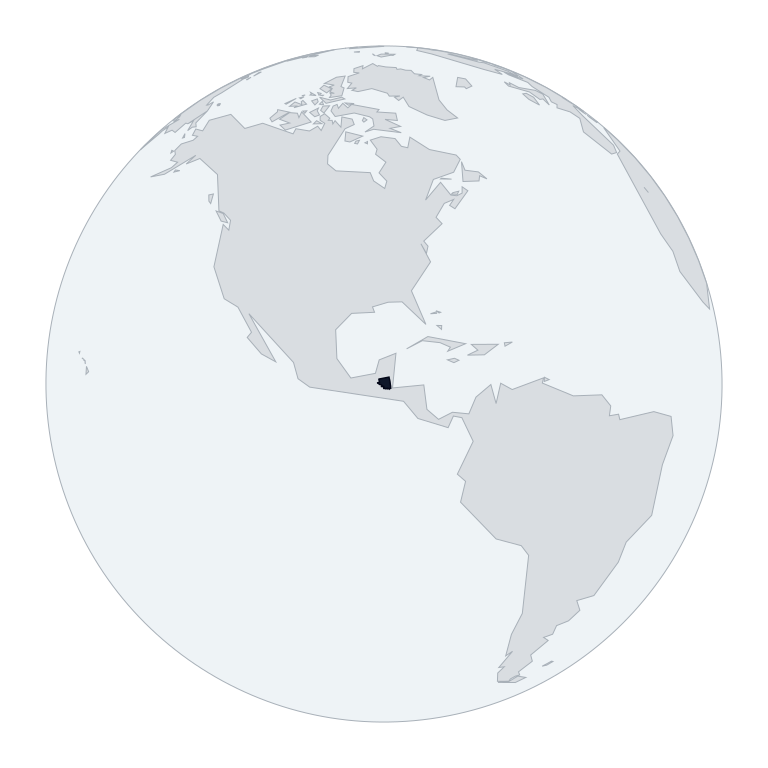 Petén highlighted on a globe, orthographic projection, rotated 349°
{"feature_id": "GTM-1944", "entity_name": "Petén", "entity_type": "Department", "adm_level": 1, "iso_a3": "GTM", "parent_name": "Guatemala", "parent_adm1": "", "projection": "orthographic", "projection_center": [-90.264, 16.829], "detail": "fine", "context": "on_globe", "style": "filled", "palette": "ink", "viewbox_px": 768, "rotation_deg": 349, "n_neighbors": 0, "source": "natural_earth", "source_scale": "10m", "svg_char_len": 9881}
<svg xmlns="http://www.w3.org/2000/svg" viewBox="0 0 768 768"><g transform="rotate(349 384 384)"><circle cx="384" cy="384" r="338" fill="#eef3f6" stroke="#a8b0b8"/><path d="M454.0,431.9L446.0,428.7L438.6,439.1L410.7,424.3L399.9,404.7L310.5,372.9L300.6,362.4L299.3,345.6L264.8,289.2L282.0,341.6L269.4,331.1L258.6,312.2L263.8,307.9L255.3,280.7L243.4,269.8L239.4,236.5L256.6,196.7L261.0,203.4L264.6,194.0L259.4,185.6L255.0,182.5L260.5,146.6L246.3,127.5L231.8,130.3L242.9,123.6L208.6,136.2L194.4,136.2L216.6,131.1L223.7,126.9L217.2,123.7L223.0,118.8L223.2,114.9L230.8,109.7L243.2,108.3L248.3,105.3L243.4,103.3L247.9,97.8L254.3,100.9L262.8,91.8L285.1,90.1L296.1,106.6L314.7,104.9L342.5,121.1L346.2,116.6L359.1,121.4L368.1,118.3L370.7,123.2L375.6,116.8L371.6,113.0L372.4,109.2L377.3,107.4L381.5,112.8L379.6,114.6L383.4,115.3L383.4,119.0L386.2,116.2L390.7,123.7L393.6,113.8L403.3,117.9L404.3,123.6L394.5,126.0L372.6,148.9L370.6,157.2L377.5,165.6L410.8,173.9L412.6,182.7L422.0,192.2L425.5,185.4L419.4,175.8L428.2,166.6L419.6,156.9L422.0,152.2L417.1,142.0L428.2,140.7L441.7,145.2L446.4,154.0L452.4,156.6L456.5,146.6L473.3,162.5L498.5,173.0L501.7,178.0L492.8,189.4L471.5,192.6L459.9,211.4L478.0,196.8L485.7,211.3L491.4,213.1L497.1,211.5L498.3,205.3L503.2,210.3L487.1,225.5L482.5,221.2L487.6,216.1L477.6,218.2L466.9,230.3L471.6,237.7L450.3,251.3L453.5,257.1L450.6,263.9L447.0,253.4L453.0,273.0L428.7,297.7L436.5,333.5L417.4,306.8L403.6,304.5L387.4,306.1L388.4,311.8L365.7,308.5L346.9,321.5L342.6,350.1L352.6,371.8L377.6,371.9L383.9,359.4L401.6,356.1L391.6,389.5L422.9,392.5L421.3,417.1L430.8,429.1L445.8,424.8L461.6,429.5L471.8,414.4L488.8,404.9L490.3,424.6L498.7,405.5L508.8,413.9L541.8,408.4L539.6,413.3L567.6,431.8L595.8,436.2L602.4,448.8L599.2,458.2L608.5,458.4L608.7,464.0L643.6,462.6L659.6,470.6L657.9,489.8L641.9,516.3L621.7,564.0L591.6,585.4L580.0,603.6L549.7,631.7L531.9,633.4L533.1,643.5L519.9,651.7L507.3,654.1L501.8,661.8L492.3,663.2L496.2,667.1L476.3,678.0L476.7,684.4L461.1,692.2L461.7,695.5L457.4,695.8L451.8,697.6L449.8,699.6L438.6,697.5L440.5,689.4L448.1,684.5L442.6,684.2L459.2,670.9L451.6,674.1L461.3,654.1L476.0,635.6L493.3,579.8L487.9,568.9L464.5,557.5L436.6,514.6L445.5,495.1L438.8,486.5L460.6,457.3L454.0,431.9ZM93.3,317.6L95.3,309.9L96.4,315.6L93.3,317.6ZM95.0,304.7L94.6,307.4L94.7,305.0L95.0,304.7ZM94.1,302.6L94.8,304.1L93.7,303.1L94.1,302.6ZM92.4,300.8L93.4,301.4L93.2,301.7L92.4,300.8ZM436.1,345.8L471.8,360.0L452.8,364.0L456.2,360.5L446.9,354.1L429.9,348.8L412.9,353.8L436.1,345.8ZM90.9,295.7L90.6,294.2L91.7,294.0L90.9,295.7ZM449.1,324.7L443.0,323.9L448.8,323.2L449.1,324.7ZM252.2,182.1L258.7,186.0L261.3,195.9L255.2,193.0L252.2,182.1ZM248.1,165.0L252.8,164.9L248.3,173.8L247.0,171.1L248.1,165.0ZM220.1,134.1L224.3,135.6L218.2,135.9L220.1,134.1ZM221.9,115.3L218.9,116.6L220.3,114.1L221.9,115.3ZM411.3,143.6L414.1,142.8L413.6,145.1L411.3,143.6ZM406.4,140.1L403.8,143.3L401.1,142.2L402.8,140.2L406.4,140.1ZM233.2,104.1L236.4,100.2L235.2,103.9L233.2,104.1ZM410.4,136.6L396.7,139.9L392.0,138.0L394.6,129.2L410.4,136.6ZM239.6,97.8L247.2,89.3L241.1,91.1L262.7,82.3L249.1,91.8L248.7,95.7L244.8,95.3L239.6,97.8ZM368.1,112.7L372.7,116.6L364.3,115.2L368.1,112.7ZM362.5,112.9L335.6,115.9L331.3,110.0L341.2,109.8L332.0,104.2L343.1,99.6L350.7,101.7L351.3,106.3L355.1,101.2L362.5,112.9ZM273.4,79.2L277.1,77.4L275.6,79.2L273.4,79.2ZM372.0,107.6L367.0,108.4L362.9,103.2L372.3,100.6L370.6,103.1L372.0,107.6ZM324.1,105.3L322.7,101.3L331.3,96.5L332.0,94.4L343.0,99.1L324.1,105.3ZM374.0,103.3L377.2,99.5L383.6,100.5L376.7,106.5L374.0,103.3ZM357.9,103.1L356.4,100.6L360.3,101.1L357.9,103.1ZM408.2,103.0L402.2,103.5L399.5,100.7L408.2,103.0ZM377.9,98.1L375.7,97.8L374.0,97.0L377.3,94.8L377.9,98.1ZM348.3,95.6L352.2,94.6L344.3,93.4L350.4,90.2L356.7,94.1L356.6,91.1L358.5,90.2L361.4,94.5L348.3,95.6ZM375.5,90.2L385.6,95.0L397.2,94.4L399.9,96.7L380.7,97.4L375.5,90.2ZM367.0,92.3L372.9,91.4L373.2,94.4L369.4,96.9L367.0,92.3ZM352.4,86.9L341.3,90.7L340.3,89.8L352.4,86.9ZM378.9,89.4L376.3,88.3L379.6,89.0L378.9,89.4ZM360.4,86.8L356.7,88.1L355.6,87.0L360.4,86.8ZM374.5,85.3L377.7,86.7L375.3,88.2L374.5,85.3ZM368.0,85.5L367.5,83.7L372.4,87.9L366.5,86.2L368.0,85.5ZM360.1,85.6L358.3,85.3L361.8,85.2L360.1,85.6ZM382.1,79.2L388.9,84.2L383.3,87.3L377.5,81.9L382.1,79.2ZM455.9,702.1L438.9,698.7L449.1,700.1L459.6,696.3L467.2,699.1L455.9,702.1ZM485.4,691.2L495.6,688.0L496.9,688.6L490.2,691.0L485.4,691.2ZM617.8,140.0L613.4,136.5L620.6,143.3L624.9,147.0L632.0,154.5L622.5,146.7L630.4,158.9L654.9,193.4L656.5,201.2L651.3,201.7L627.9,174.6L626.9,160.6L618.6,152.4L606.5,145.9L607.2,142.7L602.1,138.9L600.6,134.0L586.2,120.3L582.7,115.4L565.3,104.3L561.2,100.7L572.7,108.0L578.8,111.1L568.8,101.5L563.4,97.9L552.9,91.9L551.5,90.7L542.6,86.1L531.1,79.8L537.7,84.3L525.5,78.9L512.2,72.8L509.4,72.2L531.1,82.5L538.7,86.2L543.3,87.7L565.0,100.4L571.0,105.2L552.7,96.2L559.2,102.7L542.1,94.3L493.9,69.2L479.8,62.8L481.3,60.5L491.3,63.7L495.8,65.7L502.5,67.5L496.8,65.5L495.7,65.1L518.1,73.8L539.9,84.2L560.8,96.0L580.8,109.3L599.9,124.0L617.8,140.0ZM492.8,64.1L483.7,61.1L482.9,60.9L492.8,64.1ZM480.6,60.2L473.2,58.2L470.2,57.3L473.3,58.1L480.6,60.2ZM422.5,48.3L417.4,47.8L414.8,47.5L422.5,48.3ZM410.8,47.1L409.9,47.1L410.8,47.1ZM399.2,46.4L399.3,46.4L365.8,47.8L349.9,48.6L353.0,47.7L326.1,51.7L310.2,54.5L312.8,54.2L301.6,57.4L306.5,56.4L306.9,56.7L280.4,67.1L271.6,70.1L263.1,76.4L264.4,76.6L270.5,74.5L262.7,82.3L241.1,91.1L239.2,90.1L226.9,97.2L224.4,94.4L216.7,96.2L221.1,90.6L214.6,93.3L210.5,95.9L198.6,102.5L189.4,107.7L194.5,104.2L214.6,91.8L233.7,85.1L227.5,86.2L234.2,82.9L235.3,81.6L230.4,83.3L226.5,85.4L235.2,80.6L257.3,70.7L280.0,62.5L303.3,55.9L327.0,50.9L350.9,47.7L375.0,46.2L399.2,46.4ZM719.9,346.7L717.9,372.5L712.8,364.6L695.9,330.0L692.9,308.9L684.3,289.5L656.9,202.8L660.1,200.4L648.7,174.6L648.9,174.4L660.1,189.2L660.2,189.4L673.5,209.7L685.3,231.0L695.5,253.0L704.1,275.7L711.0,298.9L716.3,322.7L719.9,346.7ZM676.8,240.5L680.1,246.5L676.8,240.5ZM542.8,408.0L547.0,411.2L541.8,412.1L542.8,408.0ZM450.9,372.4L458.1,372.2L462.1,375.0L456.7,376.4L450.9,372.4ZM510.0,366.5L518.0,367.3L510.0,370.0L510.0,366.5ZM477.3,361.8L503.7,366.8L488.1,374.5L471.4,371.6L482.6,368.7L477.3,361.8ZM447.1,336.6L451.8,337.6L450.9,341.4L447.1,336.6ZM453.3,324.4L451.6,324.8L449.0,322.0L453.3,324.4ZM486.6,210.4L488.1,209.3L494.2,209.0L492.1,211.8L486.6,210.4ZM517.1,193.8L524.2,202.3L517.6,197.8L516.0,202.8L500.2,200.3L502.5,180.5L504.3,189.6L517.1,193.8ZM479.6,192.9L489.4,195.8L478.6,193.5L479.6,192.9ZM575.6,125.7L579.1,125.8L585.6,131.1L589.9,139.9L580.5,132.2L575.6,125.7ZM582.5,125.1L563.1,115.3L559.7,110.3L564.9,114.5L564.6,112.2L572.9,118.7L588.5,124.6L595.2,129.8L599.5,141.7L594.4,134.5L591.3,134.4L582.5,125.1ZM519.8,107.8L511.4,105.9L514.8,97.1L522.3,100.1L527.1,108.3L521.1,109.8L519.8,107.8ZM417.7,121.5L414.2,123.1L413.0,121.3L415.0,118.6L417.7,121.5ZM405.6,103.4L431.5,113.6L428.9,115.6L447.2,120.4L447.4,127.9L435.5,124.4L449.4,134.3L438.7,134.2L448.9,140.6L422.5,132.0L413.4,133.0L423.4,128.8L423.5,121.6L420.8,118.9L406.5,112.3L387.1,112.1L384.1,105.8L387.1,101.5L391.3,100.6L391.9,104.7L397.1,100.6L401.2,106.0L405.6,103.4ZM424.1,67.5L423.0,70.5L434.1,67.3L438.2,70.9L439.3,70.4L446.2,73.1L456.3,75.7L456.8,77.6L460.5,77.9L465.1,80.1L470.4,81.3L473.1,85.3L479.8,87.3L477.3,88.1L488.1,90.7L481.3,90.7L486.7,94.2L490.4,92.3L492.2,115.6L498.2,127.0L507.0,136.9L494.1,136.9L477.7,128.2L461.5,116.4L457.6,106.1L452.5,108.5L449.1,104.5L454.6,104.3L444.1,102.4L442.8,99.2L428.4,91.7L414.2,92.0L408.6,89.6L413.4,88.0L404.4,87.0L409.8,82.5L406.0,80.9L407.4,75.4L419.1,73.9L413.8,72.3L414.7,68.7L424.1,67.5ZM382.9,77.6L395.9,73.8L404.6,74.3L398.5,83.8L401.3,85.8L397.6,93.0L385.1,92.4L387.3,90.3L386.5,88.2L390.7,89.2L386.7,86.9L389.6,84.1L387.3,81.8L392.2,81.1L382.9,77.6ZM643.9,168.0L643.2,167.2L642.5,166.4L643.9,168.0ZM636.5,161.2L634.7,158.8L642.0,166.6L643.0,168.2L636.5,161.2ZM627.6,151.4L634.1,158.1L631.2,155.4L627.6,151.4ZM570.4,105.9L567.9,103.6L570.0,104.7L574.3,107.6L570.4,105.9ZM457.6,62.4L455.6,63.2L453.4,62.6L443.6,62.5L439.8,60.4L444.1,59.6L457.6,62.4ZM451.7,60.1L448.2,60.2L448.4,59.1L451.7,60.1ZM436.4,58.9L435.7,57.6L438.2,60.2L436.4,58.9ZM413.5,48.2L431.4,50.0L441.7,51.3L443.5,51.4L448.6,52.6L432.8,50.6L413.5,48.2ZM372.1,47.5L370.6,48.5L366.2,48.4L365.9,48.1L372.1,47.5ZM374.8,47.9L382.6,48.7L378.4,49.5L373.1,48.6L374.8,47.9ZM417.8,52.4L423.3,52.9L423.0,53.6L417.8,52.4ZM274.6,77.4L276.9,77.4L273.0,78.6L274.6,77.4ZM309.8,56.1L309.6,56.7L305.2,57.7L309.8,56.1ZM306.8,59.1L312.0,57.5L307.9,59.2L306.8,59.1ZM323.2,54.3L314.7,56.9L320.9,54.3L323.2,54.3Z" fill="#d9dde1" stroke="#a8b0b8" stroke-width="1"/><path d="M390.3,381.1L390.3,382.8L390.2,384.3L390.1,385.9L390.1,386.6L390.0,387.8L389.8,389.1L389.8,389.4L389.7,389.4L389.1,389.4L389.1,389.5L388.9,389.7L388.7,389.8L388.5,389.7L388.4,389.7L388.3,389.8L388.2,389.5L387.6,389.5L387.4,389.5L387.2,389.4L386.9,389.3L386.7,389.4L386.4,389.4L386.2,389.3L386.2,389.2L385.9,389.0L385.7,389.0L385.8,388.9L385.7,388.9L385.4,388.9L385.2,388.9L384.3,388.6L383.1,388.4L382.9,388.3L382.9,388.2L383.0,388.1L383.1,387.9L382.9,387.8L382.9,387.7L383.0,387.5L382.9,387.4L383.0,387.3L383.0,387.2L383.2,386.9L383.1,386.7L383.3,386.7L383.3,386.4L383.2,386.4L382.8,386.3L382.8,386.2L382.7,386.2L382.4,386.1L382.2,386.0L381.9,386.0L382.0,385.9L381.9,385.8L381.9,385.7L381.9,385.4L381.7,385.4L381.8,385.3L381.7,385.0L381.3,384.5L381.3,384.4L381.1,384.3L381.0,384.2L380.9,384.1L380.4,384.0L380.1,383.8L380.0,383.7L379.9,383.6L379.5,383.5L379.4,383.3L379.2,383.0L379.2,382.9L378.9,382.8L378.7,382.6L378.6,382.3L378.4,382.2L378.3,381.9L378.2,381.9L377.9,381.9L377.8,381.7L377.7,381.7L377.4,381.6L379.9,381.5L379.9,379.9L379.9,378.3L380.0,378.2L380.3,378.2L381.6,378.2L382.8,378.2L384.0,378.2L385.3,378.2L386.5,378.2L387.7,378.2L389.0,378.2L390.2,378.2L390.2,379.4L390.3,381.1Z" fill="#0f172a" stroke="#020617" stroke-width="1.5"/></g></svg>